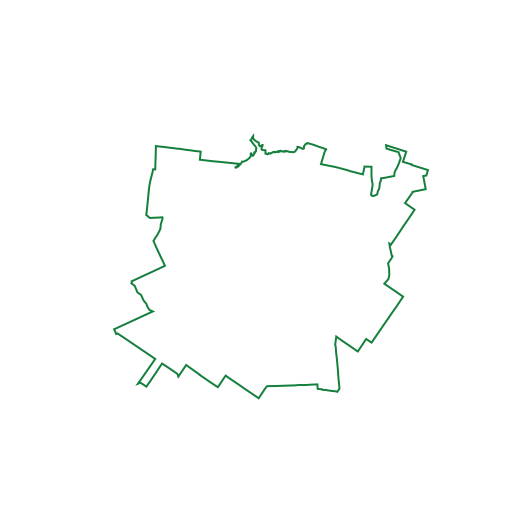 outline of Stanesti, Giurgiu, Romania, rotated 306°
{"feature_id": "2599482B52121049044399", "entity_name": "Stanesti", "entity_type": "district", "adm_level": 2, "iso_a3": "ROU", "parent_name": "Romania", "parent_adm1": "Giurgiu", "projection": "orthographic", "projection_center": [25.879, 43.949], "detail": "fine", "context": "isolated", "style": "outline", "palette": "green", "viewbox_px": 512, "rotation_deg": 306, "n_neighbors": 0, "source": "geoboundaries", "source_scale": "gbopen_adm2", "svg_char_len": 5934}
<svg xmlns="http://www.w3.org/2000/svg" viewBox="0 0 512 512"><g transform="rotate(306 256 256)"><path d="M309.6,398.9L309.0,376.1L314.0,376.6L315.4,376.6L319.0,375.0L324.2,371.0L327.6,367.2L334.6,366.9L335.9,366.6L335.8,366.4L335.8,366.2L335.9,365.9L340.8,360.3L341.9,359.0L342.4,358.7L343.7,357.3L344.5,356.6L344.5,358.5L352.8,358.3L353.6,358.3L367.8,357.7L378.8,357.4L386.6,357.1L386.4,345.5L399.6,345.3L400.0,345.0L409.8,354.0L419.0,344.3L421.2,346.5L426.6,344.6L421.3,328.9L421.2,328.3L421.6,328.1L421.1,326.8L418.5,319.5L428.3,316.4L428.7,316.2L427.9,313.8L422.1,296.1L419.6,298.4L421.2,303.2L423.8,310.3L423.6,310.5L423.1,311.2L420.5,315.2L420.0,315.6L418.9,316.0L417.5,316.3L416.4,316.7L413.5,317.5L409.4,318.3L407.5,318.5L405.4,318.9L404.3,319.4L402.0,320.8L399.6,318.5L399.0,318.2L398.9,317.9L398.7,317.6L397.7,316.7L394.7,314.0L393.6,312.9L392.9,311.9L392.5,311.6L392.3,311.5L390.8,312.4L390.2,312.8L388.6,313.0L387.8,313.3L386.9,313.9L386.1,314.3L383.0,316.1L382.0,316.3L381.0,316.3L380.4,316.4L379.1,316.9L377.3,317.8L377.1,317.8L376.6,317.7L376.0,317.2L374.1,316.2L373.4,315.6L373.1,315.0L373.0,314.9L373.2,314.2L373.0,313.5L373.1,313.1L380.7,309.3L382.7,308.1L383.1,307.7L384.7,305.9L386.2,304.5L387.8,303.1L388.9,302.2L391.0,300.6L396.1,297.0L392.1,291.2L391.8,291.4L391.5,291.6L384.9,294.5L382.5,288.7L382.0,287.3L380.3,283.1L379.0,279.1L375.0,268.7L373.4,265.2L371.6,261.3L368.5,254.6L376.7,251.7L379.9,250.5L382.1,250.2L383.4,250.1L383.4,249.9L383.6,249.6L383.0,248.5L383.0,248.0L382.3,245.6L382.0,244.8L381.3,242.6L380.1,238.2L379.8,237.7L379.7,236.9L378.6,234.0L377.8,231.6L377.7,231.4L377.5,231.2L377.1,231.3L376.8,231.2L376.3,230.6L376.1,230.4L375.1,230.4L374.5,230.3L373.6,230.3L372.5,230.6L371.9,230.9L371.6,231.3L371.1,231.5L370.8,231.4L370.5,231.3L370.3,231.0L369.9,230.0L369.6,227.8L369.4,226.9L369.1,225.9L368.9,225.6L368.6,225.4L368.4,225.6L367.8,226.0L367.2,226.2L366.0,226.2L364.4,226.2L363.4,226.1L363.2,226.1L361.8,225.1L361.4,224.5L360.8,223.2L360.1,222.3L359.9,222.0L359.6,221.0L359.3,219.9L358.8,218.9L358.5,218.2L358.3,218.0L358.2,217.9L358.0,218.1L358.0,218.5L356.6,217.1L356.5,216.9L356.6,216.5L356.5,216.0L356.4,215.8L355.9,215.5L355.6,215.2L355.5,214.0L355.4,213.7L355.2,213.6L354.8,213.9L354.6,213.9L354.4,213.7L354.1,213.5L354.1,213.1L354.0,212.8L353.9,212.4L353.6,212.3L353.2,212.7L353.0,212.1L352.7,212.0L352.5,211.8L352.4,211.7L352.5,211.5L352.5,211.4L351.4,210.7L351.2,210.6L351.1,210.2L350.8,209.9L351.0,209.6L350.5,208.9L350.4,208.8L349.6,208.6L349.2,208.3L348.9,208.2L348.6,208.0L348.4,207.9L348.2,207.7L347.3,207.5L347.2,207.3L347.1,207.0L346.8,206.7L346.8,206.0L346.7,205.8L346.1,206.0L345.7,205.9L345.4,205.4L345.0,205.3L344.9,204.5L344.8,204.3L344.6,204.2L344.6,203.9L344.5,203.7L344.4,203.5L346.3,202.1L347.1,201.4L346.0,199.8L345.7,199.1L345.4,198.3L345.4,198.2L345.4,197.9L345.7,197.6L346.6,197.1L348.0,196.6L349.6,196.3L349.7,196.2L349.5,195.8L348.6,195.5L347.5,195.0L347.2,194.7L347.1,194.3L347.3,193.6L347.7,192.9L348.2,192.5L349.2,191.9L349.3,191.8L349.3,191.1L349.0,189.6L348.9,188.5L348.9,187.4L348.9,186.7L349.0,186.0L349.2,185.5L349.4,184.9L349.7,184.4L350.2,184.0L351.3,183.2L349.3,183.2L348.6,183.5L347.2,183.7L346.4,183.4L346.2,183.5L346.2,184.6L346.1,185.1L345.4,186.9L344.8,189.0L344.4,190.9L343.7,192.7L343.2,193.1L341.9,193.5L341.3,194.0L340.9,194.3L340.5,194.4L339.9,194.3L339.6,194.2L338.9,193.7L338.6,193.8L338.5,194.4L338.4,194.5L336.2,194.6L335.3,194.5L335.2,194.5L335.2,194.2L335.3,193.8L336.2,191.8L336.2,191.7L335.8,191.5L335.5,191.6L334.8,192.4L334.6,192.7L334.2,192.9L332.5,193.1L331.6,193.1L328.7,192.4L328.2,192.2L327.3,191.7L327.0,191.6L326.6,191.3L325.8,190.9L325.0,190.4L324.6,190.0L324.2,189.2L323.9,189.3L322.0,189.5L318.6,189.1L317.9,188.9L317.2,188.6L316.3,188.2L315.5,187.7L315.5,187.4L315.8,187.2L316.7,187.7L317.5,187.9L317.9,188.0L320.5,188.0L312.3,173.8L306.9,164.7L303.1,157.9L300.9,154.0L307.9,149.9L307.0,148.2L304.9,144.6L303.1,141.1L301.3,137.9L299.2,133.9L297.7,131.0L296.7,129.5L295.2,126.7L290.4,118.0L286.9,111.9L286.1,110.4L277.0,116.7L271.9,120.1L266.8,123.6L265.7,121.8L263.5,122.8L259.0,124.6L253.1,127.0L249.4,128.9L247.0,130.2L241.5,133.4L231.8,139.1L229.0,140.7L228.5,141.0L225.3,142.8L224.7,143.0L224.4,147.8L224.5,147.9L230.0,154.8L232.3,157.5L232.2,157.7L231.7,158.1L231.0,158.5L225.8,160.3L222.3,162.4L221.3,162.8L217.6,163.4L216.0,163.6L214.9,163.9L212.3,163.8L207.9,164.2L205.8,167.8L202.9,172.9L199.0,180.0L197.3,183.2L194.5,188.1L162.5,170.3L162.3,170.7L161.8,171.0L160.7,171.2L160.5,175.5L156.8,181.7L157.0,185.8L153.9,191.3L152.9,195.3L151.1,198.1L149.7,201.6L150.5,205.1L113.4,184.3L110.7,188.8L112.0,189.6L113.3,228.4L113.5,235.0L83.3,235.6L85.6,237.0L85.9,244.1L95.9,243.9L100.0,243.7L102.4,243.7L105.3,243.5L113.8,243.2L114.2,252.5L114.4,259.9L114.4,261.1L114.2,262.1L114.1,262.4L113.5,263.3L112.7,263.9L112.6,264.1L120.7,263.8L126.8,263.6L126.8,271.5L126.9,280.5L126.7,280.5L126.7,280.8L126.9,286.5L127.0,291.8L127.3,299.8L127.4,301.7L127.5,302.3L138.6,301.8L141.4,301.8L141.4,306.5L141.8,317.0L142.1,329.9L142.5,341.8L153.8,341.3L156.8,341.4L157.0,341.4L157.2,341.6L158.1,342.6L160.9,346.4L164.6,351.2L170.4,358.6L173.7,362.9L177.5,367.3L179.1,369.7L179.7,370.5L181.7,373.1L184.0,375.8L188.2,381.1L187.3,381.9L185.8,383.0L185.1,383.7L184.8,384.1L185.6,385.4L186.3,386.7L186.9,387.7L186.8,387.9L186.7,388.1L186.9,388.6L187.3,389.1L187.9,390.2L188.6,391.1L188.8,391.4L189.3,392.7L190.0,394.0L190.7,395.3L191.2,396.4L192.1,397.8L192.7,398.9L193.6,400.5L193.8,401.0L193.9,401.6L197.8,401.5L205.5,394.6L207.0,393.4L208.2,392.3L210.1,390.8L210.4,390.6L211.0,390.1L211.4,389.7L213.5,387.9L220.4,381.8L225.3,377.3L229.2,374.0L230.1,373.1L230.6,372.3L231.7,371.7L233.9,370.5L238.0,368.3L238.0,370.0L238.0,372.0L238.1,376.6L238.5,389.8L238.5,390.1L238.5,393.5L238.6,394.5L253.6,393.9L253.9,400.4L288.1,399.5L293.2,399.4L296.8,399.4L304.2,399.1L309.6,398.9Z" fill="none" stroke="#15803d" stroke-width="2"/></g></svg>